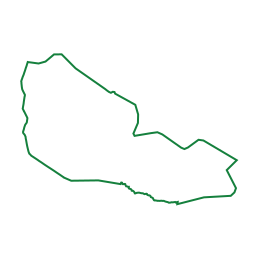 Ansongo, Gao, Mali (Equal Earth projection), rotated 84°
{"feature_id": "8926073B56917716124995", "entity_name": "Ansongo", "entity_type": "district", "adm_level": 2, "iso_a3": "MLI", "parent_name": "Mali", "parent_adm1": "Gao", "projection": "equal_earth", "projection_center": [1.009, 15.923], "detail": "fine", "context": "isolated", "style": "outline", "palette": "green", "viewbox_px": 256, "rotation_deg": 84, "n_neighbors": 0, "source": "geoboundaries", "source_scale": "gbopen_adm2", "svg_char_len": 2794}
<svg xmlns="http://www.w3.org/2000/svg" viewBox="0 0 256 256"><g transform="rotate(84 128 128)"><path d="M171.4,23.2L148.3,54.3L147.1,59.1L153.7,70.5L154.8,74.2L153.1,77.2L138.0,94.5L135.3,99.2L135.5,105.6L136.5,122.3L134.1,123.2L124.0,117.6L115.6,116.5L105.7,118.3L92.5,137.2L90.8,137.7L90.4,139.4L91.2,141.3L90.1,143.2L88.3,145.2L86.9,146.6L63.2,173.9L47.8,186.3L47.1,193.9L53.3,203.1L54.5,210.2L52.0,220.5L51.9,220.8L53.1,221.3L53.9,221.7L55.2,222.2L56.1,222.6L57.3,223.2L58.2,223.6L59.4,224.1L60.3,224.5L62.4,225.5L63.6,226.0L64.6,226.5L64.9,226.7L65.7,227.1L66.2,227.4L68.2,228.3L68.7,228.6L70.0,229.1L70.3,229.3L71.5,229.2L72.0,229.3L73.8,229.3L76.1,229.3L77.9,229.2L78.7,229.1L80.1,228.6L80.4,228.5L82.3,227.8L84.1,227.1L84.4,227.1L85.4,227.3L86.1,227.6L88.0,228.1L91.1,228.9L92.5,229.2L94.0,229.6L95.3,230.0L96.8,230.4L97.8,230.7L98.8,230.3L99.6,230.0L100.3,229.8L100.3,229.7L105.1,227.9L105.6,227.7L107.6,227.0L108.4,227.2L109.4,227.4L110.0,227.6L111.7,228.0L112.1,228.2L112.6,228.6L113.8,229.7L114.4,230.1L114.9,230.3L116.6,231.1L118.9,231.9L119.4,232.2L120.5,232.6L120.9,232.8L121.6,232.8L122.1,232.7L122.6,232.4L123.6,231.7L123.9,231.5L125.4,231.0L125.9,230.8L126.7,230.8L127.7,230.8L129.6,230.6L132.4,230.4L133.8,230.3L135.9,230.1L136.7,230.0L138.2,229.8L140.4,229.5L141.1,229.4L142.6,229.0L142.8,228.9L143.1,228.9L143.5,228.6L144.1,228.0L144.7,227.6L145.2,227.3L145.6,226.9L146.4,225.9L148.7,223.1L149.1,222.6L150.6,220.8L151.1,220.3L153.2,217.7L155.7,214.8L158.0,212.0L160.5,208.9L162.7,206.2L165.0,203.5L167.3,200.7L169.7,197.9L169.9,197.6L170.2,197.2L170.4,197.1L170.5,197.1L174.5,190.0L177.0,163.0L183.0,141.3L181.6,140.5L181.6,140.2L181.6,139.9L181.9,139.6L182.3,139.5L182.9,139.4L183.3,139.1L183.4,138.8L183.3,138.5L183.3,137.9L183.3,136.9L183.5,136.6L184.0,136.5L184.8,136.4L185.2,136.2L185.8,135.9L185.8,135.7L186.0,135.0L186.3,134.4L186.6,133.9L186.6,133.3L186.8,133.3L187.3,133.4L187.7,133.6L188.1,133.4L188.4,133.2L188.7,132.4L189.3,131.3L190.0,130.9L190.4,130.9L190.7,130.9L190.9,130.6L190.9,130.1L191.0,129.7L191.5,129.1L192.3,128.5L193.0,128.2L193.7,128.1L193.8,127.5L193.6,126.8L193.4,126.0L193.4,125.1L193.4,124.6L193.5,123.6L194.2,121.7L194.4,120.7L194.5,120.0L195.2,119.0L195.5,118.5L195.4,117.6L195.3,116.6L195.5,116.1L196.2,116.0L196.7,115.4L197.1,114.7L197.3,113.5L198.0,112.8L199.1,112.5L199.6,111.5L200.4,110.5L201.0,110.4L202.5,109.7L202.8,109.3L202.8,109.2L202.8,108.6L203.3,106.8L203.5,106.4L203.5,105.8L203.8,104.1L203.8,102.4L204.1,101.5L204.1,100.9L204.2,100.0L205.0,98.6L205.5,97.3L205.9,96.1L206.5,95.3L206.6,94.6L206.6,93.5L206.4,92.6L206.6,91.6L206.6,90.0L206.5,88.8L206.9,88.4L207.3,88.0L206.8,87.2L206.7,86.3L208.9,86.9L204.9,59.7L206.2,32.9L203.2,28.9L199.1,26.9L180.2,34.2L171.4,23.2Z" fill="none" stroke="#15803d" stroke-width="2"/></g></svg>